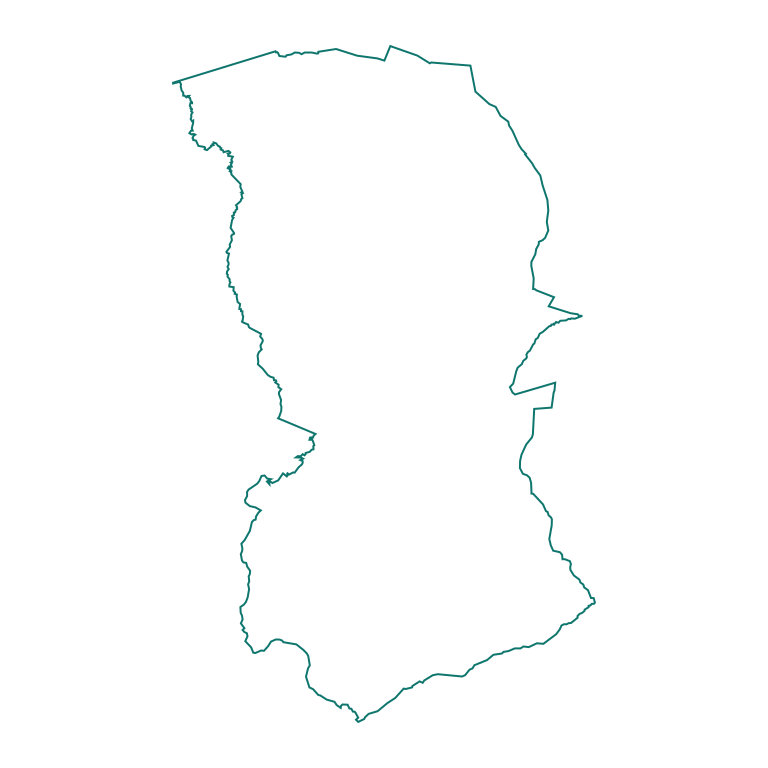 Sacaseni, Satu Mare, Romania
{"feature_id": "2599482B48586457316120", "entity_name": "Sacaseni", "entity_type": "district", "adm_level": 2, "iso_a3": "ROU", "parent_name": "Romania", "parent_adm1": "Satu Mare", "projection": "equal_earth", "projection_center": [22.68, 47.446], "detail": "fine", "context": "isolated", "style": "outline", "palette": "teal", "viewbox_px": 768, "rotation_deg": 0, "n_neighbors": 0, "source": "geoboundaries", "source_scale": "gbopen_adm2", "svg_char_len": 6087}
<svg xmlns="http://www.w3.org/2000/svg" viewBox="0 0 768 768"><path d="M583.3,584.5L580.4,582.5L579.4,579.6L573.9,575.5L570.4,569.9L570.2,567.2L570.9,564.1L569.9,561.2L564.9,559.2L562.5,559.2L562.1,554.8L559.9,552.2L553.2,550.7L550.8,545.4L549.3,539.1L551.7,525.4L551.9,519.3L551.0,517.4L548.6,515.3L547.6,511.9L546.0,511.2L543.0,504.4L533.2,493.8L531.5,493.6L531.1,482.9L529.6,477.7L527.0,475.3L522.9,473.8L519.9,468.1L520.1,460.9L521.5,454.7L526.2,444.5L531.9,437.5L532.9,434.1L534.2,408.9L551.6,407.6L553.6,392.8L554.5,390.4L555.2,382.7L515.0,394.5L512.5,392.5L509.9,387.1L513.2,383.6L516.3,371.1L517.7,367.6L521.8,364.2L523.3,360.8L526.3,358.4L526.9,357.0L526.4,354.6L527.8,352.2L529.9,350.6L533.2,344.3L534.3,343.6L535.7,339.3L537.8,337.9L539.7,333.7L542.7,332.0L549.3,326.2L550.9,325.9L551.4,324.6L554.0,324.6L553.8,323.7L555.4,323.3L556.1,322.0L558.5,322.7L560.2,320.8L566.0,320.4L568.7,318.8L570.4,319.1L571.2,318.4L574.8,318.7L582.3,315.9L578.7,315.6L577.8,314.3L570.6,313.2L548.7,306.3L554.0,297.2L536.3,290.3L535.2,289.3L533.1,289.0L533.7,278.5L531.3,265.8L531.4,261.9L535.3,254.3L536.2,249.0L538.7,244.5L538.9,241.8L542.6,240.2L545.1,237.9L548.3,230.5L546.8,221.9L548.3,210.6L547.4,200.0L542.6,185.3L540.3,175.5L534.7,167.9L532.2,163.4L525.1,154.4L525.9,153.8L521.6,149.2L518.8,144.9L512.5,130.9L509.2,125.7L508.2,121.6L500.5,115.9L495.7,106.9L489.4,104.1L475.4,91.6L470.4,65.6L431.2,62.5L429.8,63.3L417.4,55.6L390.3,46.1L384.4,60.6L377.4,58.4L357.2,55.7L336.0,49.0L318.3,51.8L318.2,53.3L316.9,53.6L311.5,52.5L304.7,52.5L301.6,54.2L299.1,52.8L294.9,52.5L291.2,54.5L286.8,55.2L285.5,56.7L279.4,56.0L278.0,52.9L277.2,52.2L276.0,52.4L275.5,51.3L173.1,82.7L173.1,83.5L179.7,81.8L181.0,84.2L180.7,86.6L181.7,90.7L183.2,92.6L183.2,95.6L184.4,95.6L186.3,97.3L187.4,96.0L189.1,95.9L188.2,97.1L190.0,98.0L190.7,100.9L192.0,102.2L192.1,103.2L190.5,103.0L189.8,105.9L190.7,107.0L190.6,108.2L191.6,108.7L191.2,109.3L191.9,109.7L191.2,111.3L192.5,112.4L191.1,114.8L191.4,116.7L190.7,119.1L192.1,121.3L193.2,120.6L193.2,122.8L191.8,128.3L192.7,130.6L191.0,130.7L189.4,133.2L191.4,134.4L193.9,134.0L195.2,134.7L193.6,135.7L192.5,138.1L193.2,138.8L193.2,140.0L196.0,140.6L198.4,145.9L204.5,147.0L205.1,147.7L204.6,149.3L206.9,150.1L211.2,146.5L211.1,145.7L213.4,145.1L212.6,144.2L213.6,143.7L213.6,142.5L216.2,143.4L218.4,146.2L219.8,146.5L220.2,147.7L221.3,148.2L220.7,149.5L223.0,150.4L223.6,152.2L228.4,150.9L230.3,152.4L229.9,153.3L227.8,153.7L228.5,154.9L228.2,155.8L232.8,156.7L231.3,159.8L232.3,161.7L230.7,162.5L231.7,163.3L230.9,164.7L231.7,166.5L228.8,166.4L227.7,168.1L228.4,168.6L230.3,168.1L229.9,169.5L230.6,170.0L229.9,171.1L231.3,171.3L230.8,172.4L231.4,173.1L231.4,174.5L240.7,184.2L240.3,186.9L242.5,192.0L241.4,192.4L242.7,193.3L241.4,194.2L242.4,198.3L241.4,198.8L240.5,201.3L236.0,205.2L237.1,207.1L236.7,207.8L237.2,209.0L235.6,210.3L235.2,212.3L233.8,212.6L234.0,214.9L232.1,216.0L232.4,217.2L233.5,217.7L232.1,220.0L230.6,227.9L234.1,233.1L233.9,234.0L232.3,234.6L231.2,236.1L231.9,240.2L229.7,244.6L230.1,246.9L226.4,251.8L226.8,252.8L229.0,253.6L227.4,260.4L228.6,262.8L228.5,264.8L227.5,266.8L228.7,269.1L227.1,271.4L226.8,273.8L227.8,274.7L227.5,276.6L229.6,279.2L229.6,281.2L230.4,282.4L229.5,284.1L229.3,286.5L233.7,287.2L233.4,290.7L235.1,292.5L234.7,293.8L236.9,294.5L236.6,296.3L237.6,302.0L240.1,304.0L239.3,308.9L241.0,309.2L241.0,311.2L242.4,311.3L242.4,314.8L243.2,316.3L242.6,320.6L242.0,321.4L242.3,322.1L248.2,324.6L248.9,327.1L250.0,328.0L261.0,333.8L260.2,336.6L262.5,339.2L262.8,341.1L260.5,345.4L260.9,348.2L261.7,349.4L258.8,352.3L257.6,355.5L258.3,362.0L257.9,364.3L262.8,368.8L267.7,374.9L270.3,376.7L273.6,377.7L274.0,380.2L275.9,380.3L276.3,381.3L275.3,382.5L278.6,384.7L278.4,387.2L281.2,389.2L279.0,392.2L278.9,394.0L281.1,400.0L280.5,404.1L281.4,406.6L281.2,411.0L279.2,416.8L278.1,418.3L315.5,434.0L313.6,435.7L313.0,437.3L309.3,437.6L311.1,438.1L309.8,438.5L309.5,439.8L312.2,439.7L312.9,441.0L314.3,445.2L313.3,446.1L313.5,449.3L311.5,449.8L309.8,451.8L305.6,453.0L305.6,454.1L304.6,455.3L302.7,454.2L300.6,456.3L297.8,456.1L296.0,457.4L301.2,457.6L303.1,458.7L300.4,460.1L302.6,461.1L302.7,462.8L301.9,464.4L298.5,467.4L294.7,472.6L293.0,472.5L289.2,474.5L287.5,473.3L287.2,473.9L288.1,474.7L286.8,476.4L283.0,473.4L278.2,480.4L272.4,483.0L269.8,481.3L269.2,482.4L269.4,484.2L267.0,481.5L270.9,479.2L267.2,478.6L264.6,475.5L261.5,476.0L259.3,481.0L257.2,483.7L248.7,489.5L247.1,491.8L247.1,496.1L245.0,500.1L245.5,502.7L249.8,506.1L255.5,507.4L260.8,510.4L258.3,512.8L256.1,516.4L255.6,519.6L253.6,520.2L251.9,522.1L249.9,530.8L244.7,540.0L241.4,543.7L242.4,548.7L242.1,551.3L240.8,554.1L242.0,560.5L243.4,562.4L246.2,562.9L247.2,566.6L250.1,570.8L249.8,574.2L248.7,576.3L249.2,581.4L248.1,584.3L249.1,589.1L247.7,597.3L245.9,602.0L243.9,604.6L240.4,607.0L240.7,612.9L242.0,615.6L242.6,619.4L240.9,623.4L244.4,628.2L242.6,630.0L244.5,632.1L246.9,633.3L247.5,636.3L245.3,641.2L251.1,647.3L253.3,652.7L255.4,653.0L261.1,650.5L264.0,650.8L268.1,646.2L271.0,641.6L275.7,639.5L279.3,639.5L282.0,640.5L283.4,642.2L296.4,644.4L303.1,649.7L306.7,653.3L308.2,655.9L309.8,665.3L308.0,668.5L306.0,676.7L309.4,687.4L313.1,689.2L318.2,694.9L320.4,695.5L326.7,699.6L334.5,701.8L336.7,705.1L340.7,707.9L341.0,705.9L342.5,704.5L347.6,704.7L349.4,708.5L351.4,708.8L352.9,711.6L354.6,711.7L355.5,712.7L358.2,717.7L356.0,719.7L358.2,721.9L364.2,719.0L365.0,717.3L368.6,713.9L377.6,711.2L387.4,703.1L395.2,698.0L403.7,688.6L405.7,689.0L412.1,687.4L412.4,686.0L419.6,681.4L422.7,682.8L424.2,680.5L432.8,675.2L437.9,674.2L462.1,676.5L465.1,675.2L469.5,669.7L472.5,668.4L474.4,665.2L487.0,660.1L493.4,654.8L501.9,653.5L503.5,651.9L508.4,651.1L514.8,648.4L520.5,648.4L523.4,646.5L528.8,647.1L536.9,643.3L543.4,643.8L556.2,634.2L559.8,629.3L561.5,625.5L564.1,624.2L566.5,624.3L568.8,623.1L571.0,623.0L577.6,617.7L577.5,616.1L579.5,614.0L582.4,612.7L584.4,611.0L584.7,609.6L588.6,607.2L588.6,605.8L590.4,605.5L591.7,603.9L593.8,603.9L594.9,602.7L593.7,598.1L591.0,598.0L588.0,590.2L584.2,587.4L583.3,584.5Z" fill="none" stroke="#0f766e" stroke-width="2"/></svg>